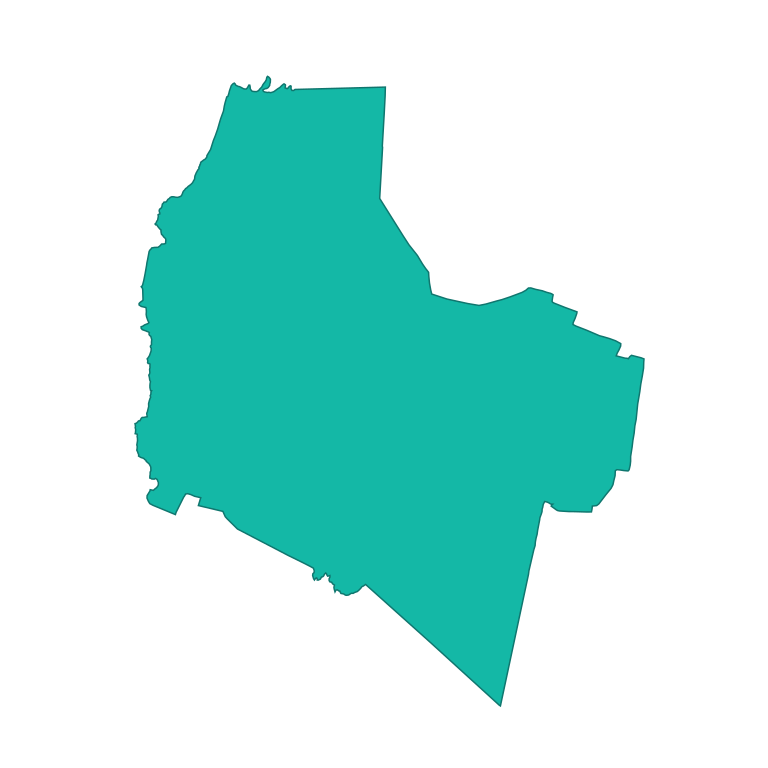 Thma Koul, Batdâmbâng, Cambodia, rotated 282°
{"feature_id": "14789045B92416650165307", "entity_name": "Thma Koul", "entity_type": "district", "adm_level": 2, "iso_a3": "KHM", "parent_name": "Cambodia", "parent_adm1": "Batdâmbâng", "projection": "orthographic", "projection_center": [103.109, 13.249], "detail": "fine", "context": "isolated", "style": "filled", "palette": "teal", "viewbox_px": 768, "rotation_deg": 282, "n_neighbors": 0, "source": "geoboundaries", "source_scale": "gbopen_adm2", "svg_char_len": 6169}
<svg xmlns="http://www.w3.org/2000/svg" viewBox="0 0 768 768"><g transform="rotate(282 384 384)"><path d="M212.9,207.1L215.2,207.3L231.8,211.6L232.8,212.1L235.1,212.8L235.9,214.8L235.7,218.0L234.8,222.1L234.7,228.4L226.5,227.7L225.9,252.9L221.2,256.3L219.4,258.8L211.7,270.8L196.4,325.9L192.3,342.1L190.3,349.6L189.2,353.2L186.8,354.6L185.0,354.8L183.7,353.9L181.9,354.0L178.9,355.6L177.8,356.7L179.7,357.5L180.3,358.5L179.5,359.2L178.4,359.4L178.5,360.4L179.9,362.3L182.2,363.0L182.6,364.0L183.6,364.8L185.7,365.4L187.0,366.3L186.2,367.4L185.1,368.0L184.3,368.9L185.4,370.9L183.9,371.3L182.0,370.8L180.3,371.2L179.2,372.2L179.2,374.1L178.4,374.7L177.8,375.3L177.1,377.3L174.7,377.3L173.1,377.9L170.5,379.3L172.3,379.8L173.0,381.0L172.2,382.9L172.1,384.1L171.2,384.5L170.2,385.4L170.2,386.6L170.3,388.1L169.5,390.0L169.5,391.1L169.9,392.3L170.3,393.3L172.5,395.5L172.8,397.3L174.1,398.8L175.4,401.0L176.8,402.1L179.3,403.7L180.8,404.3L181.5,404.9L182.0,405.7L184.1,407.7L140.9,483.0L93.8,563.5L93.3,564.8L227.8,564.9L231.4,564.6L253.1,565.0L257.3,565.4L261.0,564.9L265.0,564.8L268.7,565.0L273.0,564.7L283.5,564.5L285.5,564.3L289.7,564.9L292.0,565.1L294.5,564.7L296.3,564.9L299.3,564.8L302.5,565.6L302.4,568.4L301.9,570.3L301.3,571.8L301.3,572.7L301.5,574.0L300.4,573.2L299.3,572.9L296.7,578.8L296.3,580.1L296.3,582.1L297.6,591.0L298.8,597.0L301.0,609.1L302.0,613.5L304.4,613.5L307.9,613.2L309.3,617.3L311.4,619.1L321.7,624.0L329.1,627.8L333.1,628.9L337.6,628.9L342.3,629.1L347.2,628.3L348.6,629.5L349.0,632.9L349.2,636.7L349.7,640.8L351.0,641.6L355.8,641.7L359.7,641.3L364.5,640.3L373.9,639.8L380.4,639.2L387.9,638.9L395.1,638.1L401.8,638.0L417.3,636.3L423.1,636.1L429.9,635.8L437.3,635.2L445.4,635.0L453.4,634.6L459.5,633.5L462.6,633.1L463.1,630.0L463.5,620.1L461.9,618.8L459.5,617.7L459.7,616.5L459.4,614.5L459.8,605.3L462.8,605.7L466.0,606.7L470.3,607.6L472.7,607.2L474.4,601.6L475.3,595.3L475.8,589.0L476.0,584.8L478.7,571.2L480.6,559.6L481.5,556.5L483.4,556.3L488.1,557.3L493.1,557.9L494.7,557.8L496.5,545.2L498.4,534.0L498.9,532.1L499.8,531.2L503.9,530.9L506.4,530.9L506.8,530.1L507.3,528.2L507.5,524.1L508.1,519.5L508.1,512.7L508.5,507.7L507.9,505.3L505.2,503.3L502.3,500.0L495.6,489.5L491.1,481.9L488.7,477.1L483.4,467.1L480.6,460.6L480.1,449.1L480.2,427.9L481.9,412.0L485.8,410.1L492.2,407.5L498.5,405.5L502.5,404.4L505.8,400.5L509.4,396.7L516.7,389.9L525.3,379.5L532.8,372.0L564.6,341.2L615.2,333.4L616.3,332.9L649.1,327.9L666.1,325.2L674.7,323.6L653.6,235.7L652.3,234.6L652.0,232.9L653.4,231.7L656.0,231.2L656.2,230.3L655.4,229.6L654.4,228.9L653.3,228.5L652.7,227.8L653.0,226.8L653.0,225.8L653.9,225.6L655.3,225.6L656.2,225.3L656.8,223.8L656.0,223.0L654.3,221.7L652.4,220.5L650.7,218.7L647.2,215.6L646.2,214.1L645.4,212.5L645.4,210.7L644.8,209.1L644.9,208.0L644.8,206.5L645.1,205.5L645.9,204.5L646.8,204.5L648.4,206.9L648.6,207.8L649.9,209.1L652.3,210.1L653.7,209.9L655.3,210.1L658.3,209.6L659.1,209.0L659.7,208.2L660.3,207.4L660.7,206.1L659.6,205.6L656.9,205.6L654.9,204.9L653.5,204.2L651.8,203.4L649.1,202.7L646.6,201.1L644.9,200.3L643.5,198.6L643.1,196.4L642.9,194.2L643.9,192.8L645.0,191.8L646.8,191.3L648.4,190.6L648.3,189.7L645.3,188.8L643.9,187.9L643.6,186.4L643.6,185.2L644.4,182.6L644.8,181.0L644.8,179.4L645.5,176.8L646.6,176.0L647.2,175.0L646.3,173.9L644.2,172.6L638.7,171.9L635.7,171.8L632.9,171.5L632.1,170.5L626.3,170.1L622.6,170.0L618.4,170.2L617.4,170.2L609.7,169.1L604.6,168.7L598.8,168.3L591.8,167.4L586.7,166.5L577.3,165.6L570.6,163.3L569.2,163.5L566.8,162.4L565.7,161.1L564.2,159.9L563.2,158.9L562.0,158.6L560.9,158.7L560.1,158.3L559.1,158.4L558.1,158.0L557.2,157.9L556.3,158.3L554.5,157.3L553.2,157.0L551.8,156.5L548.1,155.8L544.9,156.1L543.3,155.5L541.8,155.1L540.7,154.7L538.8,153.4L536.6,151.4L534.8,150.3L533.9,149.3L532.2,148.6L531.1,147.8L529.8,147.4L528.7,147.3L527.1,147.0L525.7,146.5L524.8,145.4L523.7,143.5L523.4,141.6L523.4,139.5L523.1,137.6L522.1,136.1L520.8,135.4L519.6,134.2L518.1,133.7L516.8,133.0L516.4,132.0L516.2,131.0L514.9,130.5L513.9,129.8L511.2,129.9L509.5,129.3L508.4,128.2L507.1,128.0L505.8,128.4L504.6,129.2L503.6,129.3L503.2,128.4L502.6,127.8L501.0,128.4L497.3,128.5L495.8,127.8L494.4,127.7L492.9,126.8L492.2,127.6L492.4,128.6L490.6,130.5L489.0,132.5L488.5,133.7L486.3,134.3L484.1,135.3L483.4,136.5L482.0,138.0L481.3,139.3L480.6,140.2L479.4,140.7L477.4,140.9L476.1,141.1L475.3,139.9L474.7,137.4L472.2,135.9L470.7,134.5L469.9,131.2L468.8,128.5L467.5,128.0L466.8,127.4L464.9,126.7L456.6,126.9L453.3,126.9L450.6,127.1L442.3,127.4L435.4,127.5L430.8,127.3L429.6,127.0L428.7,126.3L427.4,127.8L426.0,128.4L417.4,130.5L415.7,130.8L413.4,128.7L411.9,127.7L410.4,128.0L409.4,130.4L409.3,135.2L408.0,135.8L405.4,136.5L402.6,136.9L400.3,137.8L397.2,139.7L395.1,141.3L394.1,140.6L392.0,137.5L390.4,136.0L389.5,134.5L388.0,134.9L386.9,136.3L386.4,140.1L386.1,141.3L386.0,142.7L385.4,143.8L384.5,143.7L383.6,143.9L382.8,144.6L382.1,146.0L379.1,147.6L376.8,147.8L374.2,148.4L372.4,147.6L371.3,148.1L370.6,148.9L367.8,149.3L363.1,148.7L360.8,147.9L359.4,147.1L357.5,148.2L355.7,148.3L355.0,149.1L355.2,150.6L354.3,151.1L352.8,151.3L351.6,151.7L349.4,151.7L346.6,152.6L345.1,152.6L343.8,152.1L341.5,153.2L339.2,154.0L337.7,155.1L335.9,155.1L334.1,155.3L331.8,155.8L329.1,157.0L329.1,158.1L327.8,157.7L325.4,158.1L324.1,157.7L322.5,158.5L320.8,158.1L318.5,157.9L315.8,157.8L313.1,158.5L307.2,158.3L306.2,158.0L305.3,158.2L302.8,159.2L301.4,156.0L301.0,154.4L300.2,153.8L299.1,153.4L297.4,153.0L296.8,151.5L295.7,151.0L294.1,149.9L293.5,148.7L290.9,149.7L289.6,149.7L287.7,150.6L284.6,151.0L283.7,150.9L283.6,153.1L282.4,153.4L281.0,153.5L280.1,154.0L277.2,154.7L273.0,154.9L271.6,155.6L268.8,156.0L268.0,155.9L266.1,157.3L265.0,157.9L263.8,158.8L262.5,158.9L261.7,161.1L261.5,162.0L261.5,162.9L261.2,164.6L260.5,165.5L259.7,167.2L258.9,167.5L257.1,170.8L255.3,172.4L254.1,173.2L250.8,174.0L249.2,173.6L246.6,174.1L245.5,174.1L243.3,174.5L243.2,175.6L242.8,176.6L243.2,179.1L244.1,180.0L243.5,181.9L240.7,183.8L239.1,184.1L237.8,184.2L235.3,183.1L234.0,181.9L232.0,180.5L232.0,177.3L230.7,177.3L225.6,175.5L223.1,175.9L220.2,178.0L218.3,179.8L217.3,183.3L212.9,207.1Z" fill="#14b8a6" stroke="#0f766e" stroke-width="1.5"/></g></svg>